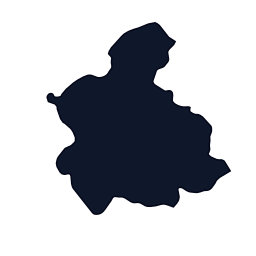 outline of Laoighis, rotated 249°
{"feature_id": "IRL-723", "entity_name": "Laoighis", "entity_type": "County", "adm_level": 1, "iso_a3": "IRL", "parent_name": "Ireland", "parent_adm1": "", "projection": "orthographic", "projection_center": [-7.345, 52.994], "detail": "fine", "context": "isolated", "style": "filled", "palette": "ink", "viewbox_px": 256, "rotation_deg": 249, "n_neighbors": 0, "source": "natural_earth", "source_scale": "10m", "svg_char_len": 2746}
<svg xmlns="http://www.w3.org/2000/svg" viewBox="0 0 256 256"><g transform="rotate(249 128 128)"><path d="M217.9,168.7L217.5,173.8L217.7,183.4L217.6,184.9L216.5,191.0L214.9,192.5L212.4,194.0L198.1,198.4L191.8,203.0L189.6,200.5L188.5,198.1L188.0,196.9L187.0,194.7L186.3,193.6L185.5,192.7L184.4,192.0L177.7,190.5L176.3,189.5L175.4,188.5L174.2,186.3L172.9,184.2L172.5,182.9L172.4,181.4L172.5,178.2L172.4,176.8L172.0,175.7L171.2,174.7L163.6,168.4L162.5,167.7L160.9,167.6L158.9,168.2L149.0,175.6L148.7,176.8L148.1,179.6L147.5,180.8L146.4,181.6L144.9,181.9L142.4,181.3L138.4,179.3L137.0,179.0L135.4,179.4L133.5,180.4L130.9,182.6L129.6,184.2L128.6,185.5L127.4,187.9L126.1,191.7L125.5,192.7L124.8,193.2L123.5,192.3L122.2,191.7L120.6,191.8L118.0,193.8L116.7,195.3L115.9,196.9L115.4,198.2L113.9,199.8L111.4,201.5L100.0,206.0L98.3,205.9L95.5,204.9L94.1,204.0L91.2,201.4L90.2,200.9L87.1,199.9L82.6,197.6L78.9,196.6L77.3,195.5L76.1,194.4L75.3,193.5L73.6,193.6L71.2,194.9L66.7,199.4L65.4,201.8L64.8,203.7L63.8,204.9L62.5,205.9L51.3,208.0L49.2,195.8L47.6,191.8L45.6,189.6L44.3,187.7L42.1,184.3L41.4,182.1L41.4,180.3L42.5,176.3L42.7,171.9L43.1,169.5L43.8,167.8L46.2,163.1L46.9,162.1L48.6,160.4L52.6,157.5L53.5,156.3L54.2,154.8L54.0,153.5L53.3,152.6L52.0,152.2L45.9,151.1L44.7,150.6L42.6,149.2L41.8,148.3L40.4,146.4L38.1,142.1L41.8,137.9L43.7,135.3L44.3,134.2L44.7,132.9L45.0,131.5L45.6,125.9L46.9,120.8L47.9,118.3L48.6,117.3L49.4,116.3L53.1,113.3L53.9,112.4L54.7,111.4L55.2,110.2L56.0,107.5L56.6,106.3L57.3,105.3L58.3,104.3L63.9,100.2L65.6,98.3L66.2,97.1L66.6,95.8L67.2,94.5L68.4,92.3L68.9,91.1L69.0,89.9L68.6,88.7L68.0,87.9L66.4,86.1L60.2,76.9L59.0,74.6L58.6,73.5L58.3,72.2L58.2,70.8L58.4,69.3L58.8,67.9L59.3,66.7L60.0,65.6L61.6,64.6L91.5,55.3L93.5,55.2L96.1,55.5L103.4,57.6L105.4,57.7L106.5,56.5L107.0,55.3L107.3,53.2L107.6,52.1L108.2,51.1L108.9,50.1L111.2,48.9L116.9,48.0L118.7,48.2L120.7,48.6L123.7,50.5L125.2,51.8L126.2,53.2L131.2,61.6L131.5,63.0L131.7,67.7L132.0,69.1L132.5,70.3L133.5,72.7L134.1,73.8L135.6,74.7L138.0,75.6L143.7,75.5L147.7,74.7L154.8,71.0L156.7,69.5L160.9,68.5L170.8,68.8L173.4,69.6L176.6,68.6L181.2,63.2L185.6,63.5L186.7,64.3L187.8,65.9L188.0,67.4L187.6,68.8L186.9,69.6L185.8,70.0L184.7,70.0L183.6,70.2L182.8,71.1L182.2,72.3L181.5,74.7L181.5,76.2L181.7,77.1L183.1,78.6L186.3,84.4L189.5,93.4L190.7,98.5L191.5,104.7L191.5,109.5L191.2,110.4L190.7,111.8L190.0,112.9L186.0,117.5L185.3,118.8L184.7,120.7L184.4,124.1L184.8,126.5L185.5,128.1L186.2,129.3L187.0,130.2L188.4,132.2L189.0,133.2L189.7,134.2L190.8,134.9L192.1,135.4L195.0,136.0L197.4,137.1L198.4,137.7L199.5,138.1L201.6,137.6L204.2,136.5L206.2,138.0L208.8,141.3L215.9,155.3L217.1,158.4L217.8,162.8L217.9,164.2L217.9,168.7Z" fill="#0f172a" stroke="#020617" stroke-width="1.5"/></g></svg>